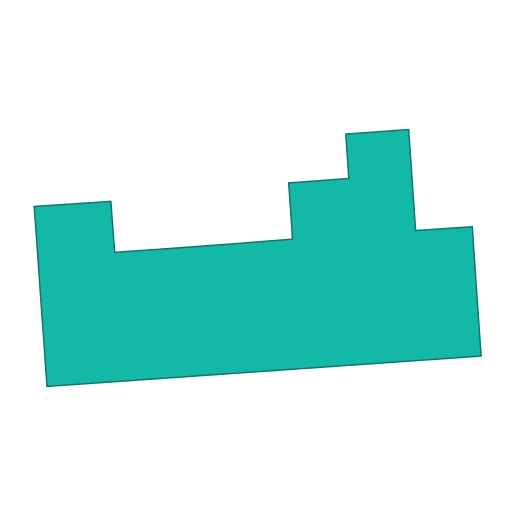 outline of Fray Justo Santa María de Oro, Chaco, Argentina, rotated 356°
{"feature_id": "61730980B15270173915808", "entity_name": "Fray Justo Santa María de Oro", "entity_type": "district", "adm_level": 2, "iso_a3": "ARG", "parent_name": "Argentina", "parent_adm1": "Chaco", "projection": "robinson", "projection_center": [-61.341, -27.818], "detail": "fine", "context": "isolated", "style": "filled", "palette": "teal", "viewbox_px": 512, "rotation_deg": 356, "n_neighbors": 0, "source": "geoboundaries", "source_scale": "gbopen_adm2", "svg_char_len": 754}
<svg xmlns="http://www.w3.org/2000/svg" viewBox="0 0 512 512"><g transform="rotate(356 256 256)"><path d="M38.4,371.5L157.2,371.5L208.3,371.5L330.8,371.5L473.6,371.5L473.6,370.6L473.6,350.1L473.6,328.8L473.6,312.8L473.6,307.9L473.8,241.9L450.3,241.8L423.7,241.8L417.0,241.7L417.0,235.9L417.1,147.1L417.1,140.5L414.3,140.5L354.1,140.6L354.0,180.8L354.0,185.1L321.1,185.3L293.7,185.4L293.7,188.5L293.7,204.3L293.6,241.7L275.6,241.9L227.7,242.3L225.8,242.3L225.6,242.3L220.3,242.3L150.9,242.5L115.3,242.5L115.0,191.4L38.5,191.1L38.2,191.1L38.3,225.6L38.3,237.9L38.3,241.6L38.3,242.1L38.3,242.6L38.3,252.3L38.3,274.3L38.3,279.1L38.3,295.4L38.3,308.1L38.4,321.4L38.4,332.9L38.4,346.9L38.4,371.5Z" fill="#14b8a6" stroke="#0f766e" stroke-width="1.5"/></g></svg>